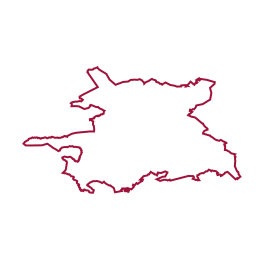 outline of Kildare Lea-5, Kildare, Ireland, rotated 353°
{"feature_id": "5873133B34299058506876", "entity_name": "Kildare Lea-5", "entity_type": "district", "adm_level": 2, "iso_a3": "IRL", "parent_name": "Ireland", "parent_adm1": "Kildare", "projection": "natural_earth1", "projection_center": [-6.982, 53.189], "detail": "fine", "context": "isolated", "style": "outline", "palette": "rose", "viewbox_px": 256, "rotation_deg": 353, "n_neighbors": 0, "source": "geoboundaries", "source_scale": "gbopen_adm2", "svg_char_len": 5833}
<svg xmlns="http://www.w3.org/2000/svg" viewBox="0 0 256 256"><g transform="rotate(353 128 128)"><path d="M105.0,64.0L102.5,64.8L101.2,64.9L100.2,65.8L96.0,65.3L95.6,65.9L94.9,66.4L94.7,67.1L94.9,67.5L94.6,67.7L103.0,83.7L87.9,89.2L83.9,90.9L83.6,91.9L83.8,92.7L85.4,93.2L86.6,94.5L85.7,95.1L85.0,95.9L83.5,95.4L81.1,95.6L78.7,95.4L76.0,95.6L75.1,95.9L74.4,96.4L74.8,96.7L75.2,97.5L74.6,99.5L79.6,100.0L80.9,100.4L81.9,100.5L86.9,103.8L91.3,103.3L93.3,101.6L93.1,101.2L93.6,100.5L95.3,101.2L98.9,103.3L101.0,103.6L101.4,104.4L102.1,104.8L102.5,105.3L104.3,106.3L106.2,107.8L106.7,108.0L106.1,108.6L105.5,110.9L104.3,111.0L104.1,111.3L102.7,111.2L102.0,112.0L101.0,112.0L100.8,112.5L100.1,112.7L99.5,112.6L99.3,112.1L97.8,112.3L96.4,113.1L95.9,113.2L95.6,114.2L94.9,114.1L94.7,114.4L94.0,114.6L93.6,114.4L92.9,114.7L91.7,114.4L91.2,114.6L91.2,115.6L92.1,115.5L92.9,115.8L93.3,116.6L94.3,117.2L93.7,119.7L93.9,121.2L94.3,121.6L94.3,125.2L93.9,127.3L90.1,126.8L75.9,126.4L71.5,126.9L67.0,128.5L66.6,129.3L65.5,128.6L64.7,128.8L64.2,128.2L63.3,128.4L62.2,129.1L61.4,129.0L60.2,129.4L59.3,129.5L58.7,129.3L57.5,129.4L57.0,128.9L54.6,128.9L51.4,127.4L51.0,127.5L50.2,128.2L49.0,127.7L47.9,127.9L47.0,128.4L46.3,128.2L45.3,127.5L45.2,127.3L43.9,127.2L42.6,127.6L41.4,127.5L40.1,128.0L39.5,127.8L39.3,127.3L38.5,126.9L37.3,127.0L37.3,126.7L36.7,126.3L35.9,126.2L34.9,126.4L34.3,126.0L32.9,126.3L31.9,125.7L30.7,126.4L30.4,126.3L28.2,126.7L27.2,128.0L25.6,128.4L24.6,129.1L24.0,129.2L22.4,130.8L24.3,132.8L27.7,133.3L40.5,134.7L46.1,133.8L51.5,138.8L53.9,140.5L56.2,142.5L57.2,142.0L57.7,142.0L58.4,140.4L58.9,140.3L60.0,139.4L62.3,139.2L64.8,139.4L65.4,139.7L68.0,138.9L68.6,139.3L70.9,139.3L71.6,140.1L73.7,140.3L75.4,140.9L76.0,140.9L77.6,141.5L77.6,142.1L78.5,142.6L78.4,143.1L78.9,143.7L78.8,144.2L79.2,144.8L78.8,145.2L79.2,146.6L78.6,147.0L78.5,148.1L76.9,150.0L76.9,150.8L76.3,151.0L76.0,152.0L76.2,152.6L75.4,153.0L75.0,153.8L75.3,154.1L75.1,154.5L74.0,155.4L72.9,154.7L72.1,154.7L71.7,154.5L71.7,154.2L71.2,154.0L71.1,153.4L70.7,153.2L70.7,152.6L69.4,152.0L69.4,151.6L68.8,151.2L68.6,150.6L67.1,149.5L65.8,149.5L64.6,149.7L61.5,148.6L59.2,149.3L59.3,150.4L59.9,150.9L60.2,151.6L61.4,152.1L62.2,153.2L63.1,153.7L63.1,155.1L61.3,161.4L60.5,162.6L57.8,164.6L59.7,165.3L61.1,165.5L63.0,166.8L63.8,166.7L64.1,167.1L64.7,167.4L65.6,168.9L66.9,169.4L67.4,169.4L68.2,170.0L68.3,170.3L67.4,171.6L67.4,172.1L68.1,172.8L69.6,173.5L71.1,174.5L70.7,175.5L70.6,176.4L70.9,176.9L72.6,178.2L72.6,178.6L71.7,179.1L72.2,179.8L72.2,180.9L73.0,181.3L72.7,182.7L73.9,183.4L73.4,184.2L73.6,184.5L73.9,184.7L75.1,184.5L75.6,185.0L76.0,185.2L76.3,184.9L76.4,184.2L77.1,183.7L78.8,184.8L80.6,185.1L81.5,185.9L81.6,186.8L82.4,187.4L85.3,188.0L86.5,185.6L85.1,184.4L84.0,182.7L83.1,182.1L82.7,181.9L82.4,181.3L80.7,180.1L80.5,179.8L80.8,179.3L84.0,177.3L84.6,177.3L86.0,176.7L87.1,176.5L88.5,176.8L90.6,176.8L93.1,177.8L95.7,179.5L97.6,178.4L98.8,180.1L100.4,181.4L102.4,182.8L103.2,182.7L106.6,185.9L107.3,190.2L114.0,189.8L113.7,189.2L113.2,189.1L113.6,188.7L115.1,188.3L114.9,187.4L116.5,187.4L117.2,187.8L120.0,187.6L119.8,188.5L117.6,188.3L117.7,188.9L117.0,190.0L117.4,190.4L118.1,190.5L119.0,190.4L120.4,191.4L120.6,191.4L121.6,189.7L120.6,189.3L120.9,188.1L123.1,188.8L123.8,189.3L126.5,187.3L126.5,186.6L125.8,185.8L126.2,184.9L127.7,185.7L128.9,184.4L129.8,183.7L130.8,184.7L131.8,184.0L134.1,183.0L134.7,182.1L135.7,182.4L136.5,181.0L133.9,180.7L137.6,177.7L141.4,177.4L142.4,176.4L143.3,176.6L145.2,174.3L148.4,176.9L148.6,176.8L149.0,177.4L150.6,177.8L150.4,177.9L151.0,178.5L152.2,175.9L155.4,176.7L159.7,175.6L161.7,176.9L159.0,180.7L156.5,180.6L150.3,182.4L153.4,184.4L157.4,183.8L159.6,184.1L160.6,184.5L161.0,184.9L163.1,184.3L163.6,185.4L182.6,182.9L183.2,183.2L186.9,183.7L187.2,184.1L187.4,184.9L186.1,186.3L188.8,187.5L188.8,187.8L189.9,187.9L190.8,188.1L190.9,188.4L192.3,188.5L191.8,187.6L191.5,186.0L190.8,184.8L191.0,183.4L193.0,183.0L193.3,182.3L194.6,182.0L196.4,181.8L197.2,182.1L199.9,180.6L201.5,180.6L203.2,179.2L204.8,180.2L205.4,181.1L206.4,180.4L207.7,181.0L209.7,181.5L210.3,181.8L211.8,183.5L210.8,184.0L211.1,185.6L213.4,185.4L214.4,185.8L214.4,186.9L215.6,186.6L216.3,186.0L218.1,185.2L218.8,184.2L221.5,183.7L228.5,192.0L230.2,191.1L230.5,191.9L233.6,190.0L232.1,187.4L232.2,186.5L232.0,185.1L231.0,184.4L229.4,179.0L230.5,173.5L230.5,171.5L231.0,170.2L230.6,170.2L230.6,168.5L230.7,167.3L231.0,167.1L227.3,165.7L225.6,163.7L225.0,163.5L223.1,162.0L221.5,161.6L222.2,158.5L221.7,157.5L221.8,157.1L222.1,156.9L221.6,155.9L224.6,154.6L223.5,154.7L222.0,153.4L221.3,153.2L218.7,151.1L217.1,151.8L214.6,150.9L212.5,149.5L211.2,148.0L208.8,146.2L208.8,145.7L201.8,142.7L202.1,141.6L203.5,140.2L204.3,139.9L206.8,139.3L206.8,138.3L204.3,135.7L202.9,133.1L203.0,132.8L202.2,132.5L196.2,126.0L194.6,125.2L192.2,124.5L191.0,123.6L189.2,122.7L189.9,122.0L190.1,122.2L193.6,119.9L191.4,118.6L191.9,117.3L192.3,117.4L193.2,118.1L194.6,117.2L195.8,117.5L197.6,115.9L198.5,114.0L205.0,113.4L213.0,109.8L215.0,103.4L214.3,98.2L219.2,94.8L219.7,93.1L212.1,89.8L206.5,88.3L204.6,89.5L203.8,88.5L205.1,87.6L204.9,87.4L204.4,87.7L204.2,87.5L201.6,88.8L202.1,89.5L201.3,90.5L202.3,91.2L201.5,91.9L200.5,91.5L199.1,93.2L195.7,89.6L193.2,92.0L192.4,92.5L191.9,93.2L192.1,93.4L191.3,93.2L190.9,93.9L190.3,93.9L190.9,92.6L189.8,92.4L186.1,92.2L185.8,93.2L181.7,92.9L179.6,91.8L175.1,90.4L170.8,87.4L169.0,88.2L167.4,88.8L167.1,89.1L166.4,88.2L165.1,88.0L164.1,86.7L163.2,86.2L162.7,86.3L161.6,85.6L161.5,84.4L161.0,83.9L158.8,83.0L157.8,82.2L157.3,82.3L154.0,84.0L151.8,84.5L150.3,85.3L149.5,86.0L149.4,84.6L148.3,83.6L147.7,82.4L145.4,80.9L144.5,81.2L142.9,81.3L139.9,80.7L139.1,80.8L136.6,80.6L133.8,81.9L128.8,81.7L120.9,83.6L115.6,77.7L113.1,71.7L106.6,66.6L105.2,64.8L105.0,64.0Z" fill="none" stroke="#9f1239" stroke-width="2"/></g></svg>